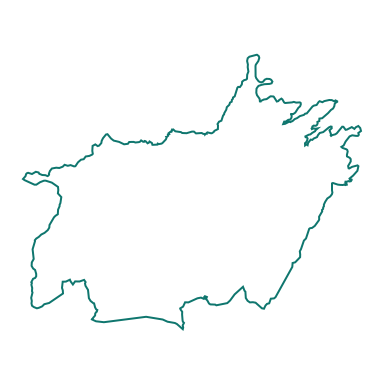 Kwahu East, Eastern, Ghana
{"feature_id": "2480657B54162505201867", "entity_name": "Kwahu East", "entity_type": "district", "adm_level": 2, "iso_a3": "GHA", "parent_name": "Ghana", "parent_adm1": "Eastern", "projection": "mercator", "projection_center": [-0.802, 6.73], "detail": "fine", "context": "isolated", "style": "outline", "palette": "teal", "viewbox_px": 384, "rotation_deg": 0, "n_neighbors": 0, "source": "geoboundaries", "source_scale": "gbopen_adm2", "svg_char_len": 5950}
<svg xmlns="http://www.w3.org/2000/svg" viewBox="0 0 384 384"><path d="M96.0,321.3L103.9,322.2L146.1,316.8L162.7,319.5L167.5,321.7L174.9,323.0L176.9,324.0L182.8,329.2L183.2,327.6L182.7,325.3L184.0,322.9L182.9,321.7L182.6,320.6L182.1,314.6L182.2,311.8L180.5,309.4L180.2,308.4L183.1,306.6L185.1,302.3L188.4,302.4L197.4,298.3L201.0,297.6L203.9,298.9L204.2,298.6L204.2,297.0L204.9,296.2L206.9,297.0L206.5,298.0L205.5,298.2L205.6,298.7L207.3,300.4L209.0,303.5L210.3,304.4L215.2,304.6L216.3,305.3L227.3,303.1L230.1,300.5L234.6,294.4L243.0,286.8L244.5,290.7L245.4,291.7L245.8,298.0L247.6,300.8L249.9,302.4L252.9,302.2L255.6,302.7L261.9,308.3L264.0,308.7L265.5,305.5L267.0,303.9L269.2,303.3L270.8,298.7L274.0,298.4L275.5,297.2L292.3,266.9L292.6,263.0L295.2,262.3L300.1,257.2L300.2,254.4L299.8,251.3L301.0,249.1L303.9,240.6L306.0,238.5L309.2,228.8L310.1,228.2L312.1,227.9L314.8,225.9L318.8,220.4L319.2,219.5L319.1,216.7L322.2,211.4L322.0,210.0L323.1,208.9L323.2,207.3L323.9,206.4L323.9,204.6L325.2,201.8L327.3,198.5L330.2,196.5L331.9,194.3L332.4,192.6L332.0,190.3L332.0,183.4L332.9,183.0L337.8,184.6L340.3,184.9L342.9,185.0L344.1,184.6L345.2,185.1L346.8,184.7L346.5,183.7L345.3,182.8L345.5,181.7L347.1,181.7L348.3,181.1L349.6,181.5L350.9,181.2L351.2,180.7L350.4,180.8L351.1,179.5L349.8,179.2L349.5,178.6L353.1,175.6L357.4,170.8L358.4,166.2L357.5,165.4L352.2,166.8L349.2,168.5L348.6,168.3L348.1,166.0L350.7,161.5L350.7,159.1L349.7,157.8L347.0,156.4L346.9,154.9L347.7,151.5L347.2,149.9L346.4,149.3L342.5,147.9L341.4,146.9L343.7,145.4L345.6,141.5L349.6,136.4L352.2,135.3L356.2,135.9L357.8,135.9L358.5,135.4L358.8,134.7L358.3,133.0L361.0,131.0L360.2,128.0L358.3,126.0L355.9,127.2L354.4,128.9L351.8,127.1L346.9,129.6L345.6,129.8L343.4,126.8L342.2,126.7L336.8,133.3L335.3,134.3L332.3,135.1L331.1,135.9L330.7,135.4L331.0,134.2L329.5,130.3L331.7,128.3L331.6,126.7L330.7,126.5L328.9,127.4L323.2,132.1L319.7,133.0L318.0,135.1L317.0,137.1L313.8,138.5L312.3,139.9L310.7,139.6L308.1,142.9L307.6,145.2L306.4,144.4L305.1,145.4L305.0,143.2L305.8,142.7L307.1,140.6L307.6,138.4L306.9,137.5L305.6,137.2L305.4,136.4L308.8,134.7L310.4,134.4L312.2,132.9L315.1,131.2L315.6,130.2L317.7,128.4L315.6,128.8L313.5,128.4L311.9,129.1L311.6,128.5L312.2,127.7L312.4,126.5L313.7,125.6L315.8,125.8L317.0,124.9L317.6,123.5L317.4,121.9L319.3,121.1L319.4,118.6L322.2,118.2L328.1,113.1L330.9,110.0L333.1,108.5L334.3,106.2L334.7,103.8L335.7,102.7L337.2,101.8L337.2,101.3L335.5,100.4L334.2,101.3L331.8,100.1L329.2,100.0L324.3,101.1L322.4,102.2L319.6,101.2L318.7,101.9L316.6,105.0L313.9,105.6L312.5,106.5L306.8,113.4L305.1,113.7L303.9,114.9L299.9,116.1L297.1,118.1L294.7,119.1L292.4,121.2L291.2,121.4L290.6,122.1L289.0,121.8L285.1,123.8L283.2,124.1L284.2,121.6L285.7,121.6L288.3,119.8L289.6,119.7L290.6,119.1L291.5,117.6L291.7,115.7L291.0,114.5L291.1,114.0L293.3,114.0L295.3,112.6L298.3,107.9L300.1,106.3L300.8,104.4L300.7,103.0L299.9,102.4L296.1,102.6L293.8,101.9L292.0,102.4L285.1,103.0L284.1,102.4L282.4,99.4L281.4,98.6L279.1,100.1L278.3,101.1L276.8,101.5L273.9,96.9L273.5,96.5L271.0,96.3L270.5,96.3L266.6,99.1L263.9,99.5L261.1,100.8L260.7,101.5L259.9,101.4L259.6,98.8L257.0,95.2L256.3,92.8L256.5,88.7L257.3,87.4L258.5,85.9L261.4,84.9L264.4,84.2L269.6,83.9L271.6,83.3L272.4,81.6L271.2,79.8L269.7,79.0L266.7,78.8L264.7,79.7L263.1,81.7L261.4,82.3L260.3,82.2L258.6,81.3L256.3,78.3L255.6,76.4L255.5,66.0L255.8,64.7L258.3,61.1L259.3,57.9L258.8,56.2L257.1,54.8L256.6,54.8L249.4,56.7L247.7,58.2L247.1,61.0L247.9,64.5L247.7,67.2L248.4,71.6L247.2,74.7L247.0,78.8L246.0,79.7L244.2,80.1L242.2,81.6L241.8,84.5L239.9,87.1L238.2,86.9L237.4,87.7L234.7,96.4L233.0,97.5L232.9,98.8L231.9,99.8L231.7,101.7L230.0,102.6L229.3,104.8L226.8,107.2L226.3,109.6L224.2,113.3L224.1,114.4L223.1,115.5L221.4,120.7L219.0,121.7L217.5,124.1L218.0,125.3L217.9,129.1L214.5,130.8L213.7,132.0L212.1,133.1L211.2,133.3L207.4,132.4L206.7,133.0L206.7,133.7L206.1,133.6L205.2,134.4L205.2,134.0L203.3,133.9L201.7,133.0L196.0,133.4L193.9,131.6L192.0,131.6L186.6,133.2L182.2,133.0L180.9,132.1L175.3,131.3L173.3,129.5L172.8,129.8L172.1,129.5L171.4,130.9L171.8,131.1L171.5,131.8L170.1,132.0L168.6,133.2L169.2,134.1L167.9,134.6L168.2,135.7L167.0,136.8L166.3,136.9L166.6,137.5L165.9,139.4L162.5,143.0L161.6,143.6L158.9,144.1L157.7,143.6L157.4,144.6L153.4,144.8L152.4,144.8L151.9,143.0L149.5,141.5L148.8,142.7L147.6,143.3L145.6,141.2L144.6,141.0L144.3,141.7L143.2,141.8L141.1,140.4L140.0,141.7L139.0,142.1L135.5,142.5L133.6,141.9L129.2,142.0L127.9,143.8L124.1,144.3L119.1,141.9L113.7,140.6L111.1,138.6L107.5,134.2L106.0,134.5L103.0,138.2L101.7,140.8L101.3,143.1L99.1,145.6L97.7,146.1L95.3,144.4L92.6,145.9L92.3,150.9L92.8,153.8L92.3,154.5L89.4,155.9L85.7,156.5L83.7,159.2L81.0,159.7L78.0,162.3L75.4,166.2L74.1,166.4L70.6,165.1L67.8,165.8L64.6,164.8L62.7,166.7L59.3,168.0L56.2,167.7L51.9,168.5L49.9,171.0L48.9,173.7L49.1,174.6L48.4,175.6L47.5,176.1L45.5,175.2L42.2,175.0L39.3,173.8L38.6,172.5L35.8,171.8L32.0,174.0L28.1,172.8L26.8,173.3L26.1,174.1L25.5,176.2L23.0,179.0L24.5,180.1L34.5,184.7L36.3,184.7L40.1,182.2L43.9,180.7L45.8,180.7L51.8,182.6L58.0,186.9L58.3,190.0L57.9,193.4L61.3,197.1L60.4,203.1L59.6,204.8L59.6,206.2L58.1,209.6L57.8,214.3L55.6,215.7L54.0,217.3L49.5,225.0L49.3,227.6L47.8,230.1L44.5,232.9L41.3,234.5L38.8,236.9L36.2,238.6L34.8,240.3L35.0,241.2L32.6,249.3L33.7,259.0L31.8,262.4L31.6,265.9L33.1,268.5L35.1,270.0L36.2,273.9L36.2,276.3L35.2,277.9L33.1,278.8L31.3,282.2L31.9,283.0L31.4,284.7L32.2,288.0L32.0,291.2L32.5,292.5L31.2,297.9L31.8,301.0L31.5,303.4L32.0,305.7L33.9,307.1L36.9,308.3L38.9,307.8L42.1,306.4L44.3,304.2L49.1,303.0L63.0,293.5L62.8,290.4L62.0,287.9L62.7,281.7L65.9,281.6L69.9,279.7L70.6,281.4L72.9,284.5L75.1,281.4L79.5,281.5L84.1,279.9L85.6,282.1L85.0,283.4L85.5,285.8L88.0,289.9L88.9,298.2L90.6,301.0L93.6,303.4L94.1,303.4L95.1,307.4L96.2,309.4L97.3,310.0L96.8,311.7L95.9,312.4L95.2,313.7L95.1,315.5L93.1,317.8L92.7,319.1L92.1,319.0L91.9,319.4L96.0,321.3Z" fill="none" stroke="#0f766e" stroke-width="2"/></svg>